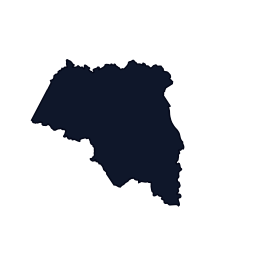 Ku-ring-gai, New South Wales, Australia, rotated 138°
{"feature_id": "25037944B69948285060259", "entity_name": "Ku-ring-gai", "entity_type": "district", "adm_level": 2, "iso_a3": "AUS", "parent_name": "Australia", "parent_adm1": "New South Wales", "projection": "robinson", "projection_center": [151.146, -33.727], "detail": "fine", "context": "isolated", "style": "filled", "palette": "ink", "viewbox_px": 256, "rotation_deg": 138, "n_neighbors": 0, "source": "geoboundaries", "source_scale": "gbopen_adm2", "svg_char_len": 5853}
<svg xmlns="http://www.w3.org/2000/svg" viewBox="0 0 256 256"><g transform="rotate(138 128 128)"><path d="M78.7,174.4L79.0,174.8L79.4,175.0L81.2,175.3L82.8,176.2L83.4,176.3L83.9,176.1L85.1,175.2L87.7,174.6L90.7,174.4L91.8,174.6L92.1,174.9L92.5,175.6L94.1,176.2L94.5,176.7L94.6,177.6L94.4,178.5L94.6,179.2L95.1,179.8L95.0,180.5L95.5,182.6L95.1,183.7L95.3,184.3L95.6,184.5L96.2,184.2L96.6,184.2L97.4,185.3L97.5,185.5L97.4,186.2L97.5,186.4L98.0,186.7L98.7,186.3L98.9,186.3L99.3,186.7L100.3,188.3L101.8,189.8L102.7,190.1L103.9,189.4L105.8,189.5L107.3,189.8L110.0,190.6L110.5,190.8L110.5,191.0L110.1,191.4L109.3,191.8L109.0,192.3L109.0,192.5L109.5,193.2L110.0,193.4L111.5,193.1L112.6,193.9L114.5,194.5L115.0,194.3L115.4,192.8L115.7,192.4L116.4,192.4L117.2,192.8L117.5,193.3L117.5,194.2L118.2,195.2L118.2,197.2L118.1,197.8L117.8,198.2L117.4,198.2L116.8,198.1L116.6,198.2L116.5,198.5L116.7,199.2L117.3,200.3L117.2,201.2L117.4,202.1L117.7,203.1L118.1,203.5L118.5,203.4L119.9,202.0L120.7,201.5L121.2,201.5L121.4,202.0L121.3,203.6L121.7,204.1L122.7,204.4L122.9,204.6L123.2,205.4L123.4,207.3L123.5,207.5L123.9,207.7L125.3,207.6L125.9,207.8L127.1,208.8L128.1,210.0L128.2,210.5L127.4,210.9L126.4,210.8L126.1,211.0L125.9,211.2L126.5,212.5L126.1,214.5L126.3,216.1L126.5,216.7L127.0,217.6L127.4,219.1L127.7,219.4L127.9,219.5L128.4,219.4L129.5,217.7L130.7,216.7L132.2,214.1L133.2,214.4L134.1,215.2L134.6,215.5L135.1,215.5L136.2,215.2L136.5,215.3L136.9,215.6L136.9,216.0L137.1,216.4L138.3,215.9L139.1,215.8L139.8,215.9L140.5,216.4L141.1,216.2L141.9,216.5L142.4,216.3L143.1,215.4L143.4,215.3L144.5,215.4L145.9,216.2L148.0,216.2L149.5,214.8L150.6,214.3L151.1,214.2L152.5,214.4L153.1,214.8L153.8,215.0L154.1,214.1L155.0,212.8L162.3,210.0L162.5,210.1L194.4,198.3L194.1,197.3L194.1,197.1L193.9,196.7L194.6,196.6L194.7,196.3L194.7,195.8L194.5,195.2L193.6,194.1L193.5,193.7L192.2,193.0L191.7,192.3L189.6,191.4L189.4,191.1L189.0,191.3L188.6,190.7L188.1,189.3L189.2,188.3L189.3,187.3L189.1,186.8L187.1,184.8L186.0,184.5L184.8,184.5L184.4,183.9L184.6,183.6L184.3,182.7L184.2,181.4L184.8,179.1L184.5,178.4L184.4,176.2L184.2,175.9L183.5,175.2L181.3,174.6L180.2,174.1L179.2,173.3L178.6,173.1L177.4,171.6L177.8,171.3L177.5,170.6L176.3,169.7L175.9,168.7L176.0,167.8L176.3,167.2L179.3,165.4L181.0,165.0L181.4,164.7L181.3,164.1L181.1,163.8L180.3,163.4L179.2,163.3L178.9,162.9L179.4,160.3L179.2,159.5L179.0,159.2L178.2,158.7L177.3,158.6L177.1,158.4L176.9,157.9L177.2,156.6L176.9,156.3L175.6,155.7L175.2,155.3L174.0,152.4L173.0,150.6L172.7,150.5L171.9,151.3L171.3,151.6L170.4,151.5L169.1,151.0L168.5,150.6L165.9,149.3L165.8,149.0L165.9,148.5L165.8,148.0L165.3,147.6L164.3,147.2L163.9,146.7L163.9,145.8L164.4,144.4L164.8,143.2L165.6,142.1L165.8,141.4L165.9,140.7L165.6,139.5L165.4,139.0L165.4,138.5L166.1,137.7L165.9,136.6L166.4,135.3L167.8,133.9L168.0,133.4L168.6,132.8L169.5,132.1L170.0,131.6L170.4,130.8L171.5,129.9L172.7,129.5L173.5,129.8L173.9,129.4L174.6,129.4L175.3,129.4L176.4,130.2L176.6,130.2L176.8,129.8L176.9,128.9L176.7,128.2L176.3,127.2L174.6,126.1L173.9,126.4L173.6,126.2L173.5,125.4L174.0,124.4L173.0,123.2L172.9,122.2L173.3,120.7L172.5,120.1L172.3,119.4L172.4,118.6L172.3,117.4L172.6,116.2L172.6,115.9L173.8,113.1L173.4,109.8L173.7,108.9L174.5,108.1L176.4,95.0L175.7,94.5L174.8,92.9L174.6,91.9L174.3,91.4L174.1,90.6L173.2,89.4L171.2,89.6L170.0,89.4L169.4,89.2L167.8,89.1L166.4,89.4L165.4,89.0L163.7,88.7L161.9,89.0L161.4,89.0L160.4,88.6L159.3,88.5L157.3,87.0L157.0,86.8L157.0,86.5L157.2,85.2L157.1,84.9L156.6,84.0L155.3,82.6L155.1,82.0L155.2,81.6L156.3,80.6L156.5,80.3L155.2,79.8L154.3,79.7L153.6,79.3L151.3,76.4L150.1,75.5L149.3,75.2L148.8,73.7L147.2,72.2L147.4,71.6L147.6,71.3L149.9,68.9L151.8,66.0L152.4,64.8L152.3,63.3L152.4,62.9L153.0,62.2L153.7,61.6L154.2,60.9L154.1,60.5L153.4,59.8L152.5,59.5L151.2,59.2L150.5,58.8L150.2,58.0L150.3,57.0L150.0,56.3L148.9,55.0L148.8,54.6L149.0,53.8L149.5,53.2L150.3,53.0L150.4,52.8L150.3,52.2L149.6,50.8L149.6,50.5L149.8,49.8L150.7,48.6L150.9,48.1L150.8,47.6L150.6,47.1L149.0,45.8L148.8,45.0L148.7,43.6L148.4,43.0L146.2,41.3L143.8,39.4L142.8,38.3L142.5,37.8L142.5,36.5L141.5,36.5L141.1,36.9L140.3,38.0L139.4,40.2L138.4,41.8L138.2,42.1L136.8,42.1L135.8,41.5L135.2,41.5L134.9,41.6L134.3,42.1L133.9,43.2L134.0,44.1L134.3,44.6L135.5,45.9L135.7,46.3L135.5,46.6L134.9,46.9L133.2,47.1L132.8,47.3L132.3,47.9L131.7,49.4L131.1,49.8L128.9,49.9L128.0,50.4L127.8,50.7L126.6,53.3L126.6,53.9L127.0,54.5L127.1,55.0L126.8,55.6L125.9,57.0L125.1,57.4L123.6,57.6L123.0,57.8L122.2,58.7L121.6,59.7L120.0,61.3L118.4,61.5L116.7,61.3L115.8,61.6L115.7,61.9L115.9,62.9L115.8,63.4L115.3,64.5L114.5,65.7L113.8,67.3L114.0,67.8L114.2,68.0L115.5,68.1L115.7,68.3L115.8,68.7L115.5,70.2L113.9,70.7L112.4,70.9L109.8,73.0L108.9,74.1L108.3,74.6L107.8,74.8L106.7,74.8L105.9,75.9L105.6,77.2L105.3,77.4L104.7,77.4L104.0,76.6L103.6,76.4L102.9,76.5L102.0,76.8L101.8,76.8L101.0,75.6L100.7,75.7L100.0,76.0L99.6,76.4L99.1,77.0L98.6,77.9L97.9,79.9L97.4,80.6L96.9,81.0L96.9,82.7L96.5,84.4L95.9,85.8L93.9,89.4L93.4,90.9L93.0,93.3L93.0,97.0L92.8,99.1L92.1,102.6L91.1,105.3L89.4,108.5L88.2,110.3L85.8,113.2L83.9,116.7L82.1,116.2L80.1,128.8L79.6,128.9L79.3,129.1L77.8,130.8L77.3,131.0L76.8,130.9L76.1,131.0L75.6,131.6L73.9,132.3L73.5,132.6L73.3,132.7L65.4,131.4L65.1,131.9L64.3,132.3L63.9,132.7L63.9,133.0L64.3,133.6L64.0,134.7L64.3,135.5L64.2,136.7L64.0,137.0L62.7,137.3L62.4,137.5L61.7,138.5L61.3,139.4L61.3,142.5L61.5,143.2L61.8,143.8L63.1,145.3L63.7,146.9L62.8,147.8L62.4,148.5L62.4,150.3L62.2,151.8L63.0,152.6L64.1,153.4L64.8,154.0L65.1,154.9L65.0,155.7L65.2,156.2L67.4,157.1L69.6,156.9L70.5,157.0L71.0,157.2L71.3,157.8L71.5,158.5L71.5,159.5L71.7,160.7L72.0,161.0L72.9,161.8L73.1,162.2L73.2,162.7L72.7,164.0L72.9,164.7L73.3,165.8L73.7,166.0L74.4,165.0L74.8,164.9L76.7,167.8L78.7,169.5L78.4,171.2L78.8,172.3L78.7,174.4Z" fill="#0f172a" stroke="#020617" stroke-width="1.5"/></g></svg>